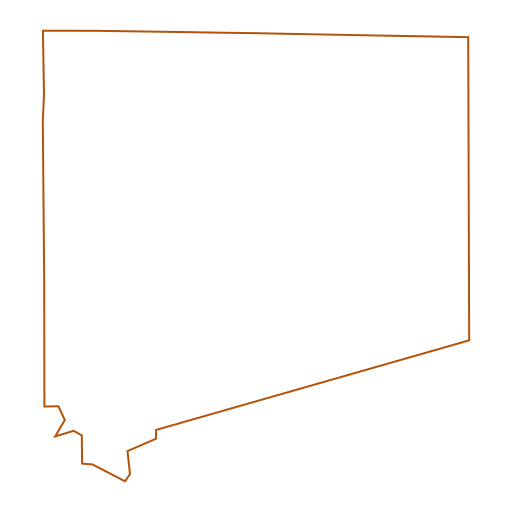 Johnson, Texas, United States of America (Equal Earth projection)
{"feature_id": "52423323B21675904174262", "entity_name": "Johnson", "entity_type": "district", "adm_level": 2, "iso_a3": "USA", "parent_name": "United States of America", "parent_adm1": "Texas", "projection": "equal_earth", "projection_center": [-97.498, 32.345], "detail": "fine", "context": "isolated", "style": "outline", "palette": "amber", "viewbox_px": 512, "rotation_deg": 0, "n_neighbors": 0, "source": "geoboundaries", "source_scale": "gbopen_adm2", "svg_char_len": 405}
<svg xmlns="http://www.w3.org/2000/svg" viewBox="0 0 512 512"><path d="M44.2,283.5L44.4,406.5L58.4,406.3L64.8,420.0L55.2,436.4L73.6,430.8L81.8,435.4L82.1,463.6L92.4,464.4L125.0,481.3L130.0,474.1L127.5,451.1L156.0,438.7L156.1,429.9L469.2,340.3L468.2,37.2L286.0,33.8L257.9,33.2L227.9,32.8L192.2,32.2L96.2,30.8L42.9,30.7L44.0,94.8L42.8,120.1L44.2,283.5Z" fill="none" stroke="#b45309" stroke-width="2"/></svg>